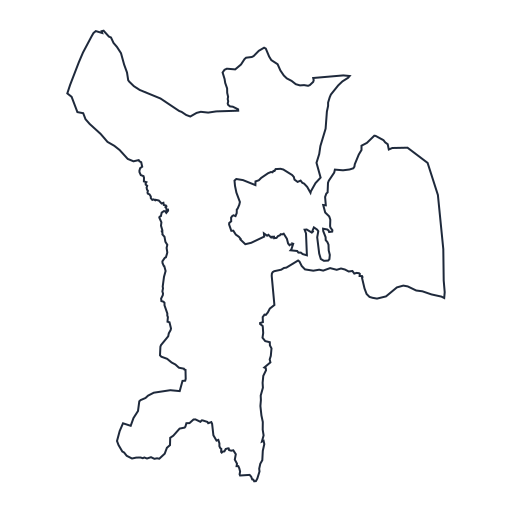 the district of Mbeya, Mbeya, United Republic of Tanzania
{"feature_id": "72390352B82808491826054", "entity_name": "Mbeya", "entity_type": "district", "adm_level": 2, "iso_a3": "TZA", "parent_name": "United Republic of Tanzania", "parent_adm1": "Mbeya", "projection": "equal_earth", "projection_center": [33.409, -8.971], "detail": "fine", "context": "isolated", "style": "outline", "palette": "slate", "viewbox_px": 512, "rotation_deg": 0, "n_neighbors": 0, "source": "geoboundaries", "source_scale": "gbopen_adm2", "svg_char_len": 6052}
<svg xmlns="http://www.w3.org/2000/svg" viewBox="0 0 512 512"><path d="M179.2,111.0L160.5,98.5L139.8,90.0L133.9,86.2L129.1,81.5L128.2,80.2L127.0,72.5L124.1,64.5L121.0,53.2L117.0,47.0L113.5,42.9L111.0,37.5L108.9,36.6L103.6,30.7L101.6,31.2L102.2,33.0L95.8,31.1L93.5,33.0L91.6,36.3L83.0,52.5L78.9,62.1L70.1,84.9L67.3,93.4L71.6,96.8L77.4,112.1L83.2,113.2L85.5,119.2L89.7,124.0L100.7,134.0L107.5,141.9L114.3,145.8L119.6,150.0L127.7,158.9L133.5,161.3L138.7,160.1L139.4,161.3L141.2,162.2L142.2,166.7L140.1,168.2L139.4,170.8L139.5,172.2L140.8,175.1L143.5,176.1L144.0,177.8L143.9,181.4L146.4,182.2L145.6,183.5L145.7,184.6L147.2,185.8L146.6,187.6L147.0,189.6L147.9,190.8L147.5,192.6L147.8,193.6L149.5,194.4L150.8,196.5L150.8,198.1L152.3,199.9L153.7,199.4L155.2,200.3L155.6,199.8L158.8,200.5L161.6,203.5L163.4,202.8L163.8,205.0L165.9,205.5L166.4,206.2L165.5,207.2L166.3,208.1L166.6,210.0L168.0,209.7L168.1,210.7L166.3,212.9L165.2,211.3L163.9,211.1L161.7,212.6L160.9,216.1L159.6,216.7L159.3,217.6L161.4,222.3L161.0,225.7L162.3,230.1L162.4,231.0L161.8,231.3L162.5,232.9L162.4,234.4L164.5,236.8L165.4,241.8L167.3,244.8L166.6,247.9L167.3,252.4L167.0,253.7L165.9,257.3L164.8,257.8L162.4,261.3L162.5,263.0L163.8,266.0L164.3,266.2L165.6,271.0L164.0,276.8L162.7,286.6L163.0,288.3L162.4,291.4L163.0,293.5L162.8,295.2L161.1,298.6L161.4,301.1L163.5,301.7L164.5,302.8L164.5,305.3L167.3,313.4L167.3,315.6L167.9,317.1L167.5,321.7L169.5,322.3L171.0,328.5L170.6,330.1L168.8,333.3L168.2,336.3L161.0,345.1L160.4,346.7L160.0,355.3L161.3,356.7L167.1,358.8L171.6,362.5L175.4,364.5L178.9,367.7L183.9,368.7L184.3,369.5L185.5,369.9L185.7,378.8L185.2,380.7L182.5,380.9L179.7,391.1L170.3,390.2L153.8,392.7L148.1,395.6L145.5,398.0L140.6,400.1L139.3,401.3L138.0,411.0L133.5,418.0L130.7,425.8L123.0,423.3L119.7,431.0L117.0,441.0L118.5,445.0L122.3,451.5L124.1,452.5L126.7,455.8L132.0,458.5L136.2,457.6L140.5,457.5L142.8,458.2L144.3,457.5L147.0,458.5L151.0,457.2L154.4,458.8L157.0,458.3L159.3,458.7L164.7,453.7L166.9,447.8L170.0,445.1L170.2,437.8L173.3,435.7L179.6,428.6L184.6,427.6L185.4,426.6L186.4,423.2L189.5,423.1L193.5,419.5L195.4,419.4L200.4,421.8L201.7,420.4L202.6,420.4L207.4,421.9L208.2,423.2L211.3,422.1L212.1,423.8L213.4,435.3L216.5,440.6L218.3,439.9L219.4,443.3L219.4,446.2L220.2,448.0L221.3,448.9L221.1,451.9L221.7,452.6L222.8,451.6L224.4,451.4L225.7,449.0L228.2,448.3L228.7,448.4L229.1,450.1L231.2,450.7L233.3,450.3L235.8,454.2L234.8,459.6L237.0,463.7L236.6,466.1L238.3,466.1L239.3,468.4L240.1,471.5L239.6,474.3L240.1,475.5L249.6,474.9L251.2,476.7L252.2,479.4L253.3,479.6L254.2,481.3L255.9,481.1L257.3,478.6L259.5,471.5L259.2,468.7L260.3,463.7L262.3,460.2L262.8,450.8L264.3,444.1L263.6,440.8L261.9,441.6L263.6,435.4L262.7,429.7L262.8,422.0L261.4,415.3L260.4,406.0L260.9,400.1L260.7,395.6L262.9,387.7L262.6,382.8L263.3,375.8L266.0,370.3L265.8,368.2L264.3,367.5L270.4,362.4L269.7,359.4L270.8,355.9L271.5,348.4L269.9,345.4L269.8,342.2L265.2,341.1L262.5,337.7L263.2,333.0L262.8,327.0L262.6,325.9L260.1,324.0L260.1,323.0L262.9,322.1L262.7,317.1L264.5,314.6L265.8,314.9L267.8,312.5L269.8,308.6L274.4,305.0L271.7,275.8L271.9,273.5L272.7,272.1L274.2,271.2L281.2,269.7L283.9,268.0L286.4,267.6L298.1,260.5L299.5,261.6L301.7,266.0L305.0,269.4L313.3,270.7L319.2,269.7L323.2,270.6L330.1,268.1L336.7,269.8L341.0,268.5L344.9,269.5L348.7,271.5L352.4,271.0L354.3,273.6L356.5,272.9L359.0,273.2L359.8,273.8L359.6,276.0L362.1,276.1L362.5,277.1L362.0,277.8L364.5,288.4L366.6,294.0L369.5,296.9L372.5,297.8L377.0,298.6L386.0,296.4L396.9,287.4L403.3,285.6L407.7,286.4L416.2,290.5L422.4,291.3L431.4,294.4L441.4,296.6L444.2,298.0L444.7,292.2L443.7,280.5L443.3,249.2L437.9,195.0L427.6,162.9L407.5,147.7L392.3,148.0L388.8,149.5L387.7,144.2L385.2,142.4L383.5,140.2L375.6,135.9L374.3,135.7L366.9,142.9L361.5,145.7L361.5,150.0L358.8,154.5L354.8,164.2L354.4,166.7L353.3,168.3L349.5,169.5L343.0,170.3L334.9,169.6L334.2,172.6L328.8,180.7L328.0,182.8L327.6,192.4L326.3,193.6L325.1,197.0L325.8,205.3L323.2,205.0L325.2,212.5L329.2,216.4L329.8,218.1L330.3,219.7L330.1,226.2L330.5,227.7L332.4,230.2L332.2,231.6L329.1,232.0L328.6,230.5L327.3,229.5L323.1,228.7L323.2,231.0L325.6,237.2L325.7,240.1L327.4,242.1L328.5,244.7L328.7,250.4L329.8,254.9L329.4,259.2L328.1,260.6L323.9,260.8L320.8,259.0L319.2,253.6L317.2,237.3L318.3,231.2L317.1,229.6L313.9,227.4L312.5,230.7L313.0,231.5L311.8,232.6L306.7,229.5L304.6,229.7L306.0,233.4L306.9,255.3L302.7,254.1L300.8,252.6L298.4,252.6L297.2,251.0L290.6,250.3L291.4,249.3L293.2,243.8L292.3,243.5L292.3,244.5L290.3,244.5L289.5,245.2L288.1,243.5L286.9,238.8L283.7,233.7L282.2,234.4L280.7,234.2L279.8,235.4L278.1,236.0L276.5,237.9L274.1,238.2L274.0,236.7L271.5,236.8L271.7,237.5L271.1,237.5L268.4,234.8L267.1,235.7L263.9,233.4L264.2,236.6L251.2,242.8L245.3,244.2L240.4,239.5L240.7,239.0L238.9,236.8L235.8,234.6L233.3,230.7L231.3,230.8L229.1,224.5L229.2,223.0L231.2,221.3L231.1,217.6L232.3,216.0L233.5,215.3L235.5,216.1L236.7,213.1L236.8,209.5L237.6,208.7L239.3,204.7L239.9,202.0L236.4,192.6L235.0,185.9L234.5,180.6L236.3,179.0L243.0,180.1L255.4,185.1L255.5,181.4L258.8,180.3L261.2,177.9L268.1,173.2L271.0,172.0L272.5,172.3L273.5,170.9L274.5,171.0L275.6,169.1L280.5,168.8L283.3,169.5L292.1,175.0L293.8,176.9L294.5,179.6L297.6,181.9L300.6,180.6L302.3,182.8L304.1,183.6L307.2,186.9L310.5,192.8L310.9,191.3L315.5,183.1L320.6,177.6L316.5,162.8L319.2,154.1L320.4,146.0L325.6,128.7L326.9,111.5L328.1,105.9L328.1,102.6L329.7,97.3L330.9,94.5L338.2,85.4L342.4,81.4L348.1,77.8L349.6,76.0L343.3,75.4L313.2,78.0L313.7,80.2L313.2,81.9L309.8,85.1L308.1,85.8L304.1,85.1L300.0,85.4L295.8,84.2L291.6,80.9L286.8,78.4L283.8,75.5L280.4,70.5L277.6,64.2L271.3,60.1L269.1,56.5L265.8,48.6L264.1,47.7L258.8,50.8L253.6,56.1L251.8,57.0L246.1,57.7L244.5,59.1L241.0,64.5L235.2,69.4L226.9,68.7L224.5,69.8L222.6,72.5L224.6,79.1L225.2,82.9L227.1,88.4L227.2,92.9L228.1,96.8L227.7,99.0L228.2,101.3L227.7,103.5L228.1,104.8L230.0,106.4L232.8,106.7L238.1,109.3L238.2,110.7L216.2,111.4L208.2,112.6L200.8,111.8L196.6,112.9L190.3,116.5L186.2,115.0L181.6,111.9L179.2,111.0Z" fill="none" stroke="#1e293b" stroke-width="2"/></svg>